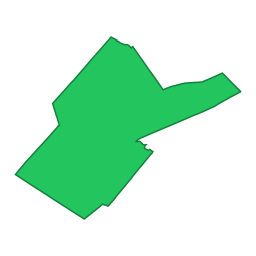 the district of Salciile, Prahova, Romania
{"feature_id": "2599482B44687697697875", "entity_name": "Salciile", "entity_type": "district", "adm_level": 2, "iso_a3": "ROU", "parent_name": "Romania", "parent_adm1": "Prahova", "projection": "equal_earth", "projection_center": [26.525, 44.832], "detail": "fine", "context": "isolated", "style": "filled", "palette": "green", "viewbox_px": 256, "rotation_deg": 0, "n_neighbors": 0, "source": "geoboundaries", "source_scale": "gbopen_adm2", "svg_char_len": 4690}
<svg xmlns="http://www.w3.org/2000/svg" viewBox="0 0 256 256"><path d="M84.3,219.0L84.5,218.9L85.7,217.9L93.3,211.8L99.2,207.1L101.8,204.9L102.4,204.3L102.6,204.3L102.8,204.3L103.0,204.4L103.6,204.6L104.2,204.8L104.9,205.0L105.5,205.1L106.1,205.3L107.0,205.7L107.8,206.1L108.0,206.2L108.7,205.4L109.8,204.2L111.6,202.0L111.8,202.0L112.2,201.5L113.7,199.8L115.0,198.1L115.8,197.0L116.5,196.1L118.4,193.8L121.1,190.7L123.5,187.7L125.1,185.9L126.3,184.3L127.0,183.5L129.0,181.0L131.0,178.7L131.7,177.8L131.7,177.6L132.1,177.0L132.8,176.2L133.7,175.2L135.4,173.0L135.4,172.9L136.3,171.9L137.2,170.8L138.1,169.7L138.4,169.3L139.3,168.2L140.5,166.8L142.2,164.8L146.1,160.0L148.5,157.1L150.1,155.2L151.1,154.0L151.3,153.9L151.5,153.6L151.8,153.4L152.0,153.3L152.4,152.5L152.9,151.5L152.4,151.4L152.0,151.1L149.8,149.4L149.5,149.5L149.3,149.7L149.1,150.0L148.8,150.2L148.1,150.2L147.4,149.9L146.9,149.6L146.0,149.1L144.8,148.7L144.6,148.5L144.5,148.2L144.6,147.8L144.7,147.1L144.9,146.0L145.0,145.9L145.1,145.4L145.7,145.0L146.1,144.7L145.7,144.6L145.3,144.8L144.8,144.9L144.6,144.9L144.4,144.9L143.8,144.8L143.1,144.5L142.6,144.2L142.3,143.6L141.6,143.0L140.7,142.2L139.6,141.3L139.4,141.2L139.2,141.2L138.2,141.4L136.7,141.7L136.3,141.8L136.1,141.4L136.3,141.0L136.9,140.4L138.4,139.2L138.6,139.1L140.2,138.3L141.7,137.6L142.6,137.3L146.9,135.4L148.7,134.6L152.2,133.1L154.2,132.3L157.5,130.9L163.0,128.5L167.6,126.6L170.5,125.4L173.9,123.9L189.2,117.4L192.5,115.9L195.0,114.9L199.4,113.2L203.6,111.3L206.6,110.0L208.2,109.2L208.7,109.0L209.8,108.5L211.7,107.6L213.6,106.8L215.4,105.9L215.7,105.7L216.5,105.1L217.9,104.2L229.0,97.9L231.0,96.8L232.0,96.3L232.6,96.0L234.1,95.2L240.6,91.8L240.6,91.6L240.4,91.3L240.0,90.9L239.1,90.0L237.0,87.9L234.9,85.8L232.8,83.7L230.7,81.6L229.1,80.0L227.7,78.6L226.8,77.6L226.1,76.9L225.9,76.7L225.6,76.5L225.5,76.3L225.5,76.2L224.4,75.1L223.6,74.4L222.5,73.3L222.4,73.2L221.5,73.5L218.4,74.9L216.4,75.8L215.3,76.3L214.8,76.5L213.2,77.2L212.0,77.7L211.1,78.1L210.5,78.4L209.3,78.9L208.5,79.3L205.3,80.6L204.5,81.0L204.1,81.1L203.8,81.2L203.1,81.6L202.7,81.8L202.3,81.9L202.0,82.0L201.8,82.0L201.4,82.0L200.9,82.0L200.5,82.0L200.4,82.0L199.8,82.1L199.5,82.1L198.7,82.2L198.2,82.3L197.8,82.3L197.3,82.3L197.0,82.3L196.7,82.4L196.1,82.4L195.7,82.4L195.4,82.4L194.9,82.4L194.4,82.5L194.0,82.5L193.5,82.5L193.1,82.6L192.6,82.6L192.3,82.6L191.9,82.7L191.5,82.7L191.3,82.7L190.8,82.7L190.4,82.7L190.0,82.8L189.6,82.8L189.2,82.8L188.8,82.8L188.0,82.9L187.5,83.0L187.0,83.0L186.8,83.1L186.6,83.1L186.3,83.1L186.0,83.1L185.7,83.1L185.4,83.1L185.2,83.1L184.8,83.2L184.1,83.3L183.7,83.4L183.3,83.5L182.5,83.6L182.3,83.7L181.8,83.8L181.3,83.9L180.8,84.1L179.0,84.6L178.4,84.7L177.4,85.0L176.5,85.2L175.7,85.5L174.9,85.6L174.6,85.7L173.2,86.0L171.8,86.4L170.8,86.7L170.0,87.0L169.4,87.2L167.9,87.8L165.8,88.6L164.8,89.0L164.0,89.4L163.4,89.6L163.1,89.8L163.0,89.7L162.8,89.4L159.6,84.7L157.7,82.0L156.3,80.0L155.3,78.6L154.5,77.4L154.3,77.2L153.9,76.6L152.6,74.8L150.0,71.2L148.1,68.6L146.6,66.4L145.4,64.6L143.6,62.0L141.4,58.9L139.9,56.9L139.8,56.7L137.4,53.3L136.0,51.2L133.8,48.2L132.8,46.6L131.1,47.8L129.9,46.6L128.8,45.5L128.7,45.3L128.1,45.1L127.6,44.8L127.1,44.6L126.9,44.6L126.6,44.6L126.2,44.6L125.7,44.7L125.3,44.7L125.2,44.7L124.8,44.6L124.4,44.5L124.2,44.5L123.8,44.3L123.2,44.2L122.7,44.0L122.2,43.8L121.6,43.6L121.1,43.3L120.8,43.2L120.4,43.0L120.2,42.9L119.8,42.7L119.6,42.6L119.4,42.4L119.3,42.2L119.1,42.1L118.8,41.9L118.6,41.7L118.3,41.6L118.1,41.5L117.9,41.5L117.7,41.4L117.3,41.3L117.0,41.2L116.8,41.2L116.7,41.1L116.5,40.9L116.5,40.7L116.7,40.4L116.8,40.2L116.7,40.2L116.4,40.0L116.1,39.8L115.7,39.6L115.5,39.4L115.2,39.2L114.9,39.1L114.6,38.8L114.4,38.7L114.2,38.7L113.6,38.4L113.2,38.2L112.8,38.0L112.6,37.8L112.4,37.8L112.3,37.7L112.1,37.6L111.9,37.5L111.7,37.3L111.5,37.2L111.4,37.1L111.2,37.0L110.6,37.7L110.3,38.0L109.8,38.5L109.3,39.2L105.2,43.9L92.8,58.0L77.3,76.0L76.5,76.9L76.1,77.5L75.5,78.0L74.5,79.3L72.9,81.0L71.9,82.0L71.0,82.9L70.4,83.6L68.6,85.6L67.8,86.5L66.5,88.0L65.3,89.3L64.5,90.3L63.9,90.9L63.0,91.9L62.1,92.8L61.4,93.7L60.9,94.3L58.2,97.2L55.3,100.5L53.7,102.3L52.6,103.5L54.9,110.9L56.3,115.4L56.8,116.8L57.0,117.4L57.5,119.0L57.9,120.5L58.4,122.1L58.8,123.2L59.2,124.6L59.4,125.2L58.4,125.9L57.8,126.6L56.8,127.8L52.9,132.2L51.6,133.7L51.0,134.4L44.4,141.7L43.7,142.5L40.5,145.9L38.6,147.9L37.1,149.6L36.3,150.6L34.1,153.0L31.4,155.9L30.3,157.1L28.7,158.8L27.6,160.0L26.6,161.1L25.8,162.0L15.4,174.5L20.6,177.9L24.4,180.4L29.7,183.9L36.1,188.1L39.3,190.0L40.2,190.6L40.9,191.1L44.0,193.1L46.2,194.5L54.7,200.1L56.4,201.2L79.1,215.7L82.3,217.7L82.8,218.1L84.3,219.0Z" fill="#22c55e" stroke="#15803d" stroke-width="1.5"/></svg>